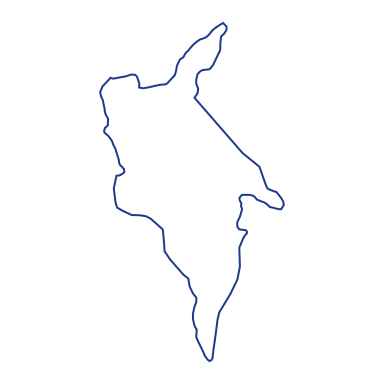 the district of Nana-Bakassa, Ouham, Central African Republic
{"feature_id": "33826404B64832249251388", "entity_name": "Nana-Bakassa", "entity_type": "district", "adm_level": 2, "iso_a3": "CAF", "parent_name": "Central African Republic", "parent_adm1": "Ouham", "projection": "robinson", "projection_center": [17.392, 6.939], "detail": "fine", "context": "isolated", "style": "outline", "palette": "blue", "viewbox_px": 384, "rotation_deg": 0, "n_neighbors": 0, "source": "geoboundaries", "source_scale": "gbopen_adm2", "svg_char_len": 2156}
<svg xmlns="http://www.w3.org/2000/svg" viewBox="0 0 384 384"><path d="M110.6,77.8L102.5,86.4L100.2,92.2L100.9,95.9L102.9,100.4L103.4,103.3L104.6,108.8L104.8,111.2L105.7,114.6L108.0,118.5L108.0,120.9L107.8,125.4L105.0,128.0L104.1,130.9L104.6,132.8L108.3,135.9L109.7,137.7L111.8,140.6L113.4,144.9L115.2,148.3L116.4,152.2L117.3,154.9L118.7,159.6L119.2,163.0L120.1,165.1L122.6,167.5L124.0,169.1L124.3,172.0L122.9,173.5L119.6,175.4L116.5,175.7L113.8,188.4L115.5,202.3L117.1,207.6L122.9,210.9L131.6,215.0L140.4,215.3L146.2,216.3L150.8,218.8L155.8,223.2L162.8,229.5L164.0,242.3L164.6,251.3L170.2,259.6L183.4,274.7L188.3,278.5L189.6,286.4L192.9,293.4L196.3,297.6L196.3,302.0L194.5,306.7L193.0,313.5L192.9,318.7L194.4,325.6L196.6,329.6L196.6,332.0L196.2,336.7L197.6,340.4L203.3,352.0L204.8,355.7L207.4,359.4L209.4,361.0L210.7,360.6L211.6,359.8L212.6,357.8L212.6,356.9L213.5,349.8L216.0,331.7L217.5,319.7L219.3,312.3L230.3,294.1L237.4,279.5L239.9,266.5L239.3,247.6L243.2,238.4L244.5,236.0L245.4,235.0L246.9,233.2L246.9,231.5L245.7,230.1L243.9,230.0L240.4,229.5L239.2,229.3L237.4,226.8L237.1,223.7L237.7,221.2L238.7,219.2L239.9,216.7L241.3,212.1L242.1,209.1L241.0,206.2L241.4,203.9L240.7,202.2L239.5,199.8L239.6,197.5L242.0,194.9L244.5,194.8L246.7,194.9L249.6,194.9L252.1,195.4L254.5,196.6L256.8,199.5L261.1,201.3L264.0,202.3L266.9,204.2L270.0,207.1L273.1,207.7L278.2,209.1L281.2,209.2L283.8,204.9L283.1,201.2L280.9,197.6L276.3,191.9L275.2,191.7L271.5,190.4L267.5,188.5L265.7,184.6L259.4,166.7L242.5,153.0L194.5,97.8L197.5,93.3L198.2,89.1L196.1,83.0L196.3,79.6L197.5,74.3L199.8,71.7L202.4,70.1L206.8,69.6L209.8,69.1L213.0,65.1L220.2,50.1L220.4,42.8L221.1,36.5L224.2,33.6L226.5,29.9L226.5,26.5L223.0,23.0L218.6,25.7L214.4,28.6L212.1,30.7L209.1,34.6L206.1,37.2L202.4,38.8L200.1,39.4L196.8,41.7L193.6,44.4L191.0,47.2L188.2,50.7L186.4,52.2L185.0,54.1L183.6,56.7L182.4,58.0L180.1,59.3L178.3,62.8L176.9,65.9L176.2,70.1L175.0,74.9L167.6,83.0L165.8,84.3L159.3,84.9L149.3,87.2L143.3,88.3L139.1,87.5L139.3,83.3L137.0,76.7L135.4,74.9L133.1,74.6L130.8,74.6L127.3,75.9L124.0,76.7L119.2,77.5L115.2,78.3L112.9,78.6L110.6,77.8Z" fill="none" stroke="#1e3a8a" stroke-width="2"/></svg>